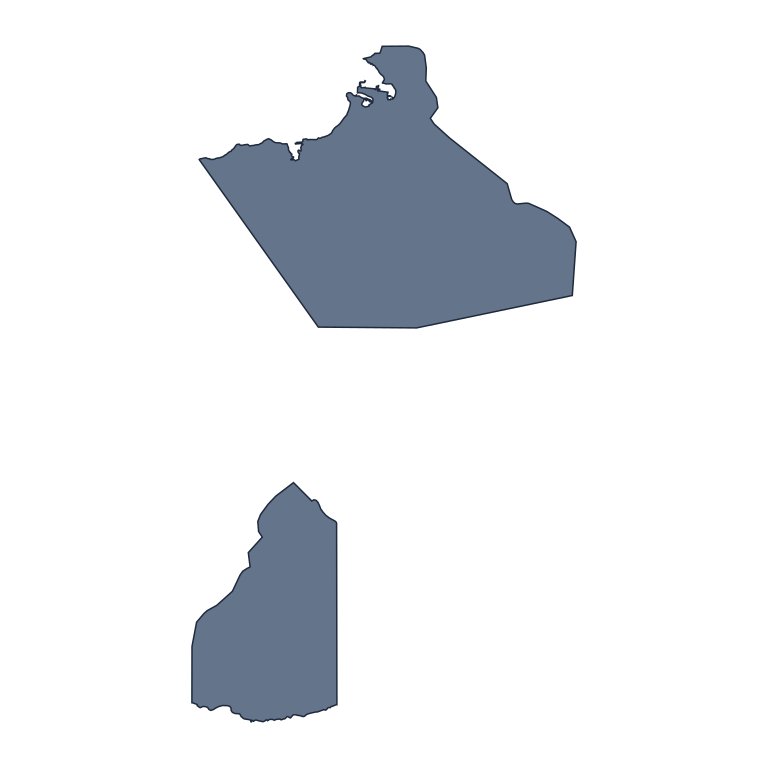 outline of Hafnarfjarðarbær, Reykjavík, Iceland
{"feature_id": "244011B99927833063684", "entity_name": "Hafnarfjarðarbær", "entity_type": "district", "adm_level": 2, "iso_a3": "ISL", "parent_name": "Iceland", "parent_adm1": "Reykjavík", "projection": "orthographic", "projection_center": [-22.014, 63.956], "detail": "fine", "context": "isolated", "style": "filled", "palette": "slate", "viewbox_px": 768, "rotation_deg": 0, "n_neighbors": 0, "source": "geoboundaries", "source_scale": "gbopen_adm2", "svg_char_len": 5920}
<svg xmlns="http://www.w3.org/2000/svg" viewBox="0 0 768 768"><path d="M363.4,58.6L363.6,59.0L364.3,59.0L364.9,59.3L365.3,59.1L365.9,59.5L366.4,60.0L366.6,60.5L368.3,62.7L368.6,62.8L368.8,62.4L370.4,63.5L370.4,63.9L370.7,64.1L370.8,63.6L371.3,64.0L371.5,63.7L371.8,63.6L373.4,65.0L373.3,65.3L373.8,65.2L374.8,65.7L376.6,68.5L377.0,68.4L378.2,70.4L378.3,70.4L379.4,72.7L381.3,74.7L382.6,75.7L383.3,76.5L383.8,77.2L384.4,79.6L382.6,82.4L382.5,82.6L382.7,82.9L382.3,83.7L382.9,82.9L385.9,83.9L391.0,83.8L392.2,84.4L392.4,85.4L392.8,85.6L394.1,87.6L394.1,87.9L394.4,88.0L395.7,90.0L395.6,90.7L395.9,91.3L395.6,93.7L395.2,95.2L394.3,97.5L393.2,97.9L392.4,97.3L392.1,97.2L393.2,98.6L392.4,99.2L390.6,99.0L390.4,99.7L390.2,99.8L387.9,99.6L387.9,98.3L387.5,98.1L387.6,97.5L387.4,97.4L387.5,97.3L387.4,96.8L387.6,96.6L387.5,96.1L390.5,96.4L390.5,95.9L387.4,95.5L387.4,93.0L387.6,92.6L388.0,92.7L388.0,92.2L377.9,90.8L378.0,90.5L377.7,90.5L377.8,89.5L378.0,89.2L379.7,89.5L379.7,89.2L377.8,88.9L377.9,87.5L378.2,87.0L378.4,87.0L378.6,85.6L378.3,85.6L378.2,86.8L377.9,86.9L377.2,86.3L376.5,86.3L376.4,86.5L376.1,89.0L376.0,89.5L375.8,89.7L374.6,89.2L374.6,88.8L365.2,87.9L365.2,87.4L361.4,87.8L361.0,87.4L360.8,85.3L360.4,85.0L360.3,83.5L360.5,82.8L360.7,82.7L364.2,82.6L364.8,82.2L365.4,81.0L364.9,80.7L364.5,81.7L364.0,82.1L360.6,82.0L360.0,82.2L359.6,82.7L359.5,86.0L359.4,86.3L358.0,87.0L357.6,87.5L357.5,91.8L357.4,92.2L357.4,92.4L357.8,92.7L361.7,93.0L365.9,94.7L367.6,95.9L371.1,97.1L372.6,98.4L372.9,99.0L373.0,99.4L372.5,102.8L369.0,104.9L368.9,105.5L369.2,105.9L368.9,106.1L365.8,107.0L364.6,106.8L362.8,105.8L361.9,104.9L361.8,104.4L362.0,103.3L362.3,102.6L363.7,100.9L363.8,99.7L364.0,99.2L365.2,99.4L365.8,99.7L366.0,100.6L366.4,100.7L366.7,100.4L366.8,99.6L367.0,99.6L368.7,100.4L369.5,101.5L370.0,101.9L371.0,102.0L371.3,101.6L371.3,101.0L370.9,100.3L370.4,99.9L368.1,99.1L366.3,98.2L363.5,98.3L360.5,97.1L359.5,96.2L358.5,95.9L357.7,96.1L355.9,96.0L356.2,95.2L355.2,96.0L354.2,95.6L353.1,95.1L351.5,93.3L350.8,92.9L349.1,92.6L347.4,93.2L347.0,93.5L346.6,94.5L346.5,96.1L347.5,97.4L347.8,99.1L348.2,100.2L349.8,101.4L350.2,102.1L350.3,102.6L350.4,103.6L349.9,106.2L349.5,107.2L349.0,109.1L348.2,111.4L347.6,112.6L346.8,114.9L344.0,118.1L340.3,123.2L338.6,125.0L335.4,127.3L334.5,128.2L332.5,130.9L332.1,132.0L331.4,133.2L328.2,135.4L324.3,136.8L321.5,137.5L320.7,138.2L320.0,138.3L318.4,137.9L316.9,139.5L316.4,139.6L310.0,139.5L307.4,139.8L306.9,139.0L306.6,138.9L303.6,139.2L303.0,139.5L302.9,140.0L302.9,140.9L302.8,141.3L302.1,142.1L296.9,142.4L295.3,143.4L295.5,144.0L301.2,143.5L301.4,143.8L302.4,143.8L302.8,144.0L302.9,144.3L302.8,144.6L301.6,145.4L300.8,147.5L300.7,148.0L300.9,148.2L301.2,149.8L301.0,150.9L300.6,151.0L298.8,150.1L298.3,150.3L298.0,150.8L298.0,151.3L298.0,151.8L298.6,153.0L299.6,153.6L298.8,156.8L298.7,157.7L299.0,158.9L298.9,159.2L296.1,160.5L295.4,160.7L293.7,159.5L292.6,159.9L290.9,159.8L290.8,159.5L291.0,159.4L291.9,159.2L292.6,159.4L292.7,159.0L292.1,158.4L293.2,158.0L293.5,157.7L293.5,156.9L292.3,156.6L292.0,156.3L291.4,155.4L291.4,155.2L291.9,154.2L290.8,153.5L290.5,152.5L289.6,152.3L289.5,151.5L288.6,150.0L288.4,149.3L288.5,148.0L288.3,147.2L287.9,146.5L287.2,144.4L286.9,143.8L282.8,143.9L281.9,143.7L281.0,143.2L279.1,142.8L276.4,142.8L274.8,142.4L273.4,141.7L271.2,139.9L268.7,138.7L266.4,139.5L265.7,140.1L264.5,140.6L263.9,140.9L262.3,142.8L260.2,143.7L259.2,144.4L258.0,144.8L257.3,144.7L255.0,145.0L254.0,145.4L252.0,145.5L250.9,145.9L250.0,146.0L249.3,145.7L247.9,144.5L247.1,144.4L241.1,145.4L240.1,145.2L239.7,144.4L239.3,144.2L237.1,144.4L236.2,145.1L234.1,148.0L233.8,148.6L232.0,149.8L231.0,151.3L229.9,151.6L228.3,152.6L227.7,153.3L226.3,154.5L224.8,155.2L222.9,156.7L220.3,157.5L219.5,157.9L218.3,157.9L216.1,158.4L214.1,159.3L211.0,159.5L209.6,158.8L207.3,158.5L206.2,157.8L203.6,158.1L202.0,158.6L200.4,158.7L199.9,158.9L199.2,159.6L318.3,327.1L416.7,327.9L572.3,295.5L576.1,241.7L569.6,227.2L557.6,218.3L546.7,211.4L528.8,203.4L526.2,203.1L517.2,204.0L514.8,203.3L513.2,201.8L511.7,199.4L507.2,183.7L449.5,137.9L434.2,124.1L430.3,118.3L437.9,107.8L436.4,97.4L425.8,81.0L426.3,67.9L424.6,55.2L423.1,52.6L420.1,49.4L418.1,48.3L408.6,46.1L382.2,46.3L380.4,51.9L379.6,53.3L375.8,53.3L375.8,53.5L374.6,53.5L373.6,54.9L372.5,55.3L370.9,56.9L363.4,58.6ZM336.9,704.8L336.6,523.2L336.2,522.2L335.2,521.2L329.2,517.9L325.6,515.1L322.9,512.0L320.7,508.9L319.6,505.9L317.9,502.2L315.9,500.2L313.9,499.8L311.8,501.0L293.5,482.6L275.8,496.1L268.0,504.4L260.6,514.4L257.8,521.5L258.6,531.6L262.3,537.1L248.3,552.6L250.1,566.9L247.0,568.5L242.7,571.3L240.1,575.0L232.4,591.3L216.8,605.3L207.2,610.6L203.7,613.8L196.6,622.2L192.0,646.4L191.9,702.8L192.8,702.9L197.2,704.5L197.4,705.1L197.2,705.7L199.7,707.5L200.6,707.6L201.8,706.9L203.6,706.4L205.8,706.7L207.4,707.4L208.0,708.0L209.1,709.6L210.4,710.2L211.0,710.4L213.5,709.5L215.6,708.1L218.6,706.6L222.5,705.5L227.7,705.7L229.1,706.1L229.8,706.5L230.6,707.4L230.9,708.1L231.1,709.1L231.2,710.6L232.2,712.1L232.6,712.5L234.9,713.5L239.3,713.8L239.8,714.1L241.4,716.9L242.2,717.3L243.1,718.3L244.3,718.9L250.0,719.8L250.8,720.8L250.8,721.7L251.2,721.9L251.6,721.6L251.9,720.3L252.4,720.3L253.2,721.2L253.5,721.3L255.1,720.2L256.0,720.1L257.3,720.3L259.2,721.0L261.1,721.2L262.1,721.6L263.0,721.7L264.8,721.0L266.2,719.8L266.7,719.8L267.4,720.7L268.1,720.5L269.3,719.5L269.7,719.4L272.3,719.4L273.8,719.9L274.2,720.3L275.7,719.6L277.9,719.1L280.4,719.2L280.9,719.8L281.4,719.7L282.6,719.4L283.3,718.9L284.7,718.9L287.2,716.6L288.0,716.6L289.4,717.6L290.4,717.9L290.8,717.7L292.6,715.4L293.7,714.8L296.0,714.8L297.5,715.4L299.4,715.5L303.0,716.6L304.2,716.4L305.1,715.8L306.7,714.4L310.0,713.3L315.8,712.0L317.7,711.9L323.6,709.7L325.5,710.1L326.1,709.9L327.3,708.7L327.6,708.1L328.5,707.6L330.4,707.6L330.7,707.0L331.3,706.5L333.0,706.1L335.8,704.8L336.9,704.8Z" fill="#64748b" stroke="#1e293b" stroke-width="1.5"/></svg>